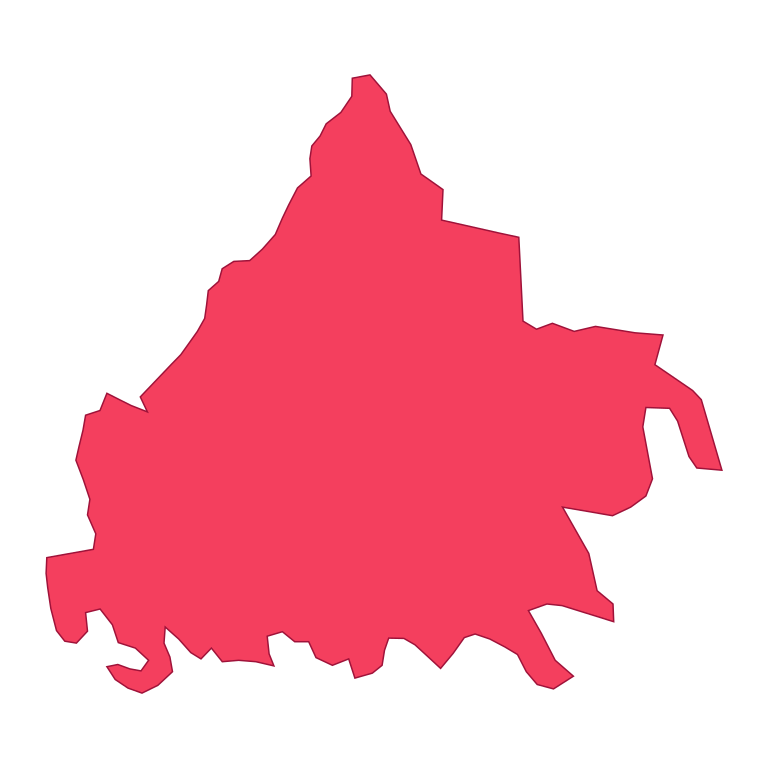 outline of Centenário, Rio Grande do Sul, Brazil
{"feature_id": "56859067B70256380111407", "entity_name": "Centenário", "entity_type": "district", "adm_level": 2, "iso_a3": "BRA", "parent_name": "Brazil", "parent_adm1": "Rio Grande do Sul", "projection": "robinson", "projection_center": [-52.012, -27.763], "detail": "fine", "context": "isolated", "style": "filled", "palette": "rose", "viewbox_px": 768, "rotation_deg": 0, "n_neighbors": 0, "source": "geoboundaries", "source_scale": "gbopen_adm2", "svg_char_len": 1801}
<svg xmlns="http://www.w3.org/2000/svg" viewBox="0 0 768 768"><path d="M46.8,557.6L46.1,573.4L47.7,587.6L50.8,608.4L56.5,630.6L64.8,641.2L76.4,643.1L87.5,631.2L85.6,612.6L100.1,609.0L112.4,624.8L118.3,642.6L135.4,648.1L148.6,660.3L141.0,670.9L129.9,668.9L117.8,664.5L106.9,666.7L115.2,679.5L128.0,688.1L142.0,693.1L157.9,685.3L172.5,671.7L169.9,657.0L164.0,643.1L165.2,627.0L178.7,639.0L190.8,652.6L201.0,658.9L211.4,648.1L222.3,661.7L238.6,660.3L255.9,661.7L273.9,665.9L269.1,653.9L267.2,636.2L282.4,631.7L294.7,641.7L308.7,641.7L316.0,657.6L332.4,665.3L348.7,658.9L354.9,678.1L372.4,673.1L382.1,665.3L384.5,650.3L388.7,638.1L403.9,638.4L415.0,644.8L428.3,657.0L440.6,668.4L453.1,653.4L464.3,637.6L475.1,634.0L489.8,639.0L505.0,647.0L517.5,654.5L526.3,671.7L537.2,684.5L553.5,688.9L573.4,676.2L555.2,660.3L541.2,633.1L528.4,610.6L546.9,604.0L562.1,605.6L613.7,621.7L613.0,604.0L597.1,590.7L588.8,553.5L562.5,507.1L612.5,515.7L630.7,507.1L645.9,496.0L652.5,478.8L642.8,426.9L645.9,407.5L669.6,408.3L677.6,421.1L689.0,456.6L696.8,468.0L721.9,470.2L701.3,399.7L692.6,390.5L654.9,364.7L663.0,335.0L635.0,332.8L595.5,326.4L574.2,331.4L552.4,323.3L536.5,329.2L523.0,321.1L518.8,237.3L498.4,232.9L441.6,220.1L443.0,189.6L420.9,174.0L410.8,144.6L390.2,111.3L386.4,94.1L370.0,74.9L352.3,78.2L351.8,96.3L340.9,112.4L326.2,123.8L320.1,136.0L311.8,146.0L309.9,158.7L311.1,176.0L297.5,187.9L288.6,205.1L282.4,218.1L275.3,234.5L262.3,249.2L249.7,260.6L233.8,261.4L222.2,268.7L218.7,281.4L208.3,290.6L206.6,305.0L204.7,318.4L197.4,331.4L189.3,342.8L180.8,354.7L171.8,363.9L140.3,396.9L147.4,411.9L131.1,405.5L119.5,399.7L106.9,393.3L100.0,410.5L85.6,415.2L83.0,430.2L79.0,446.6L75.9,460.2L83.2,479.3L89.9,499.3L87.5,514.9L95.8,533.8L93.4,549.3L46.8,557.6Z" fill="#f43f5e" stroke="#9f1239" stroke-width="1.5"/></svg>